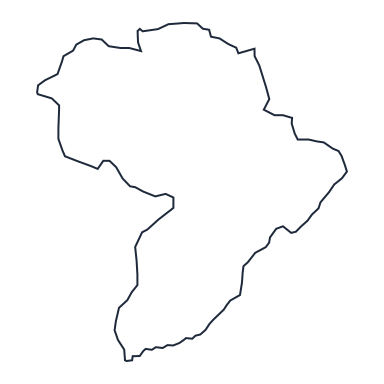 Dora, Limassol, Cyprus
{"feature_id": "46923920B60204225307219", "entity_name": "Dora", "entity_type": "district", "adm_level": 2, "iso_a3": "CYP", "parent_name": "Cyprus", "parent_adm1": "Limassol", "projection": "mercator", "projection_center": [32.731, 34.777], "detail": "fine", "context": "isolated", "style": "outline", "palette": "slate", "viewbox_px": 384, "rotation_deg": 0, "n_neighbors": 0, "source": "geoboundaries", "source_scale": "gbopen_adm2", "svg_char_len": 1769}
<svg xmlns="http://www.w3.org/2000/svg" viewBox="0 0 384 384"><path d="M63.5,56.2L61.9,61.7L57.5,74.1L45.1,80.2L38.1,85.3L37.1,92.3L37.8,94.2L51.8,98.4L59.1,105.4L59.1,109.2L58.4,128.1L58.4,138.9L62.6,150.8L65.0,156.3L78.7,161.6L91.0,166.1L97.7,168.9L103.3,160.8L109.5,160.8L116.2,167.2L122.6,178.5L130.1,186.3L135.2,187.2L143.3,191.6L155.3,196.4L165.6,193.9L173.4,197.5L173.4,207.9L158.6,219.4L148.3,228.7L146.9,229.8L142.1,232.3L135.2,246.9L135.3,248.4L136.6,260.7L137.4,274.7L137.4,285.1L131.8,292.1L127.3,300.2L119.0,307.8L115.9,321.1L114.6,330.3L118.0,340.0L124.2,349.6L125.0,360.2L126.4,361.0L132.1,360.3L132.7,356.2L139.7,356.0L143.4,350.9L145.7,348.9L151.9,349.8L155.8,347.2L162.7,348.0L167.5,345.1L173.1,345.5L179.4,343.0L184.1,339.7L186.0,338.1L192.3,338.7L195.4,335.7L200.3,334.5L205.6,329.8L209.5,323.9L213.5,319.5L218.5,314.7L223.8,309.6L226.7,305.1L230.3,300.5L240.0,295.0L242.0,282.3L242.7,272.1L243.5,266.1L247.7,262.4L252.2,256.7L255.2,252.8L265.7,247.2L269.1,242.7L270.0,237.4L276.2,228.8L283.0,226.3L291.2,232.9L294.7,232.0L295.9,231.7L301.2,226.3L307.6,220.6L311.9,214.6L318.5,208.4L320.5,202.3L329.0,192.2L334.2,184.5L341.9,178.3L346.9,171.6L345.0,165.4L341.5,155.8L339.2,152.1L338.5,151.0L332.8,148.6L328.8,145.9L323.8,142.4L316.8,141.4L311.6,140.2L308.4,139.5L297.7,139.5L294.7,133.5L291.7,123.6L292.1,117.9L282.9,115.2L274.5,115.2L263.8,109.7L269.3,99.1L266.0,87.0L259.3,65.5L254.6,56.1L254.5,48.7L238.4,53.3L236.2,47.7L228.4,44.1L219.5,38.4L211.0,36.7L209.1,29.8L202.8,28.7L197.1,23.4L183.8,23.0L179.2,23.4L168.4,24.2L158.0,29.1L142.7,31.3L139.8,28.9L137.6,31.0L137.8,37.2L138.1,42.6L141.0,51.1L129.3,48.0L120.4,48.0L108.7,46.2L101.7,39.5L93.2,38.4L84.1,40.2L76.3,44.6L73.1,50.6L63.5,56.2Z" fill="none" stroke="#1e293b" stroke-width="2"/></svg>